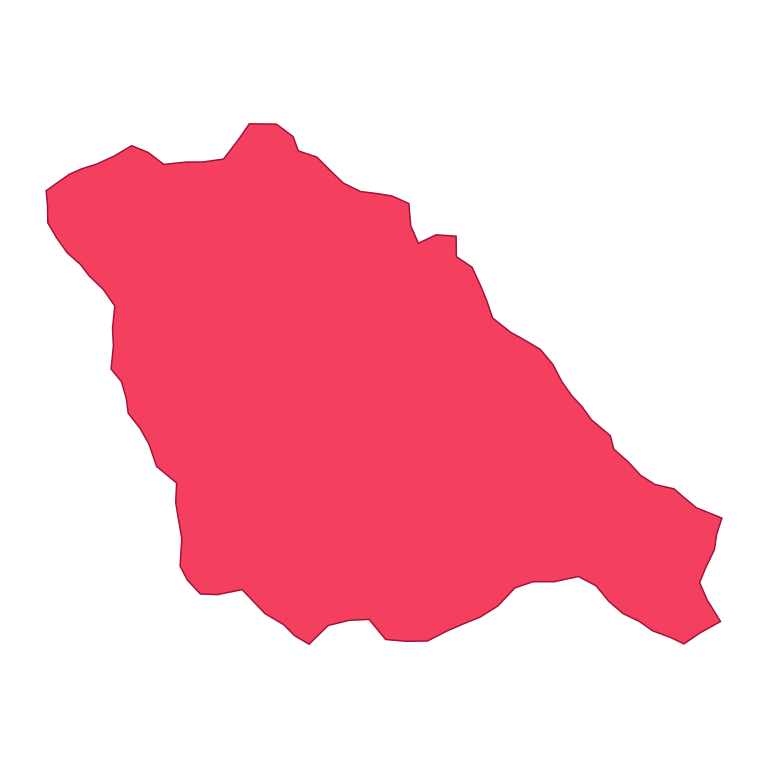 Cuité de Mamanguape, Paraíba, Brazil (Albers equal-area conic projection)
{"feature_id": "56859067B92681913513014", "entity_name": "Cuité de Mamanguape", "entity_type": "district", "adm_level": 2, "iso_a3": "BRA", "parent_name": "Brazil", "parent_adm1": "Paraíba", "projection": "albers", "projection_center": [-35.248, -6.901], "detail": "fine", "context": "isolated", "style": "filled", "palette": "rose", "viewbox_px": 768, "rotation_deg": 0, "n_neighbors": 0, "source": "geoboundaries", "source_scale": "gbopen_adm2", "svg_char_len": 1418}
<svg xmlns="http://www.w3.org/2000/svg" viewBox="0 0 768 768"><path d="M309.1,644.2L328.2,625.5L349.1,620.3L369.1,619.4L385.6,639.5L406.5,641.3L427.4,641.0L447.4,630.8L463.6,623.8L480.1,617.1L497.8,606.0L514.9,587.9L532.9,581.7L554.3,581.7L578.4,576.5L596.1,585.8L608.8,601.3L623.0,613.6L639.3,621.4L652.6,630.8L670.6,637.5L683.9,643.9L700.2,632.8L720.5,621.5L707.1,599.8L699.6,582.6L705.7,567.7L714.4,549.6L716.7,534.1L721.9,518.1L696.4,507.8L684.5,497.9L674.1,488.9L655.0,484.5L640.7,475.4L628.9,462.6L613.8,449.1L610.3,435.7L591.5,419.9L581.9,406.5L571.5,395.4L561.9,381.7L552.9,364.4L540.4,349.5L525.4,340.5L510.6,332.3L492.6,318.0L486.8,300.8L480.7,285.9L472.0,267.2L456.4,256.7L456.1,236.2L436.1,234.8L418.4,243.2L410.8,226.0L408.8,203.5L391.7,195.9L377.2,193.6L360.4,191.5L343.3,183.1L332.6,172.8L316.9,157.1L298.3,150.9L293.1,136.6L276.3,124.1L249.3,123.8L238.9,139.0L223.5,159.1L202.4,162.0L187.0,162.0L163.8,164.4L148.1,152.4L131.6,145.7L113.9,156.2L97.4,163.8L81.7,168.8L69.3,174.3L46.1,190.7L47.5,205.6L47.8,222.8L56.5,237.7L67.3,252.9L80.3,264.3L89.3,276.0L103.5,289.7L114.8,306.0L112.5,328.5L113.4,345.8L111.1,369.1L121.5,381.7L126.4,398.9L128.2,413.2L140.1,428.4L149.0,444.2L156.6,466.4L176.6,483.0L175.7,502.6L178.0,516.6L181.8,538.5L180.1,566.2L187.6,580.3L200.4,594.0L217.5,594.6L242.1,589.6L265.0,613.6L283.6,624.6L294.6,635.7L309.1,644.2Z" fill="#f43f5e" stroke="#9f1239" stroke-width="1.5"/></svg>